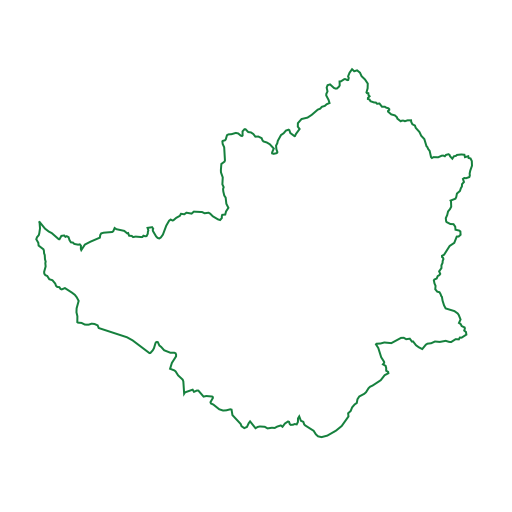 outline of Ba To, Quảng Ngãi, Vietnam, rotated 178°
{"feature_id": "81297802B2421652022296", "entity_name": "Ba To", "entity_type": "district", "adm_level": 2, "iso_a3": "VNM", "parent_name": "Vietnam", "parent_adm1": "Quảng Ngãi", "projection": "robinson", "projection_center": [108.67, 14.715], "detail": "fine", "context": "isolated", "style": "outline", "palette": "green", "viewbox_px": 512, "rotation_deg": 178, "n_neighbors": 0, "source": "geoboundaries", "source_scale": "gbopen_adm2", "svg_char_len": 5999}
<svg xmlns="http://www.w3.org/2000/svg" viewBox="0 0 512 512"><g transform="rotate(178 256 256)"><path d="M465.9,290.7L471.6,298.2L471.1,296.6L470.9,291.1L471.8,286.2L472.4,284.4L474.2,282.4L475.0,280.4L473.1,276.8L472.9,274.0L468.2,270.1L467.8,268.8L467.7,266.1L467.1,264.3L467.0,260.2L466.4,257.6L466.8,256.3L466.6,252.9L468.3,247.5L468.2,245.7L467.2,244.2L465.3,243.3L463.4,240.0L460.3,238.9L457.6,235.4L456.9,233.2L455.7,232.0L453.6,231.7L452.5,229.9L451.3,229.4L448.1,230.6L441.2,225.8L438.4,223.5L436.6,221.0L434.8,217.3L437.1,210.0L437.4,206.0L436.6,202.0L436.9,196.1L436.2,195.6L432.7,195.2L429.4,193.4L425.7,193.2L422.6,194.1L419.8,193.7L416.7,192.2L415.7,189.5L387.8,179.3L382.3,176.0L365.9,162.7L364.9,162.8L362.5,165.3L361.2,167.4L359.5,172.4L359.0,173.2L358.0,173.6L357.1,173.3L355.7,169.9L354.0,168.5L351.1,165.0L344.9,162.3L341.1,162.2L339.8,161.6L339.3,160.3L339.4,158.5L343.8,152.1L345.8,146.3L341.6,144.5L340.4,143.5L338.0,139.4L333.6,135.0L333.0,133.2L332.6,120.9L331.7,122.2L324.0,124.6L322.7,122.4L319.8,123.6L318.3,123.5L313.3,117.3L310.6,117.8L304.8,117.1L304.2,116.7L304.0,115.7L306.6,111.5L306.2,110.2L303.8,109.0L298.1,104.1L294.3,102.7L291.1,102.8L287.0,103.7L285.8,103.3L285.1,97.8L277.2,88.7L276.4,86.4L273.7,84.4L271.0,85.5L269.1,89.2L267.7,90.9L262.5,83.9L260.3,85.1L258.1,85.5L253.2,85.0L250.5,83.3L246.1,83.8L243.3,83.5L240.7,84.8L237.1,85.8L235.5,84.4L232.9,87.6L229.8,89.5L228.8,89.1L228.1,86.8L227.2,86.0L224.8,86.1L223.3,86.7L221.2,86.3L219.9,88.7L219.7,92.2L218.4,94.2L216.9,89.8L214.5,88.6L213.7,86.0L212.8,85.0L204.5,79.3L202.4,75.7L200.3,73.6L196.8,72.7L191.0,74.0L182.1,78.7L176.3,83.1L169.2,92.4L169.4,95.6L166.8,97.8L165.2,101.4L162.6,104.2L160.4,105.6L159.6,109.3L157.7,112.0L152.6,114.5L150.8,116.0L148.1,120.0L146.5,121.4L144.1,122.4L135.7,127.5L131.6,132.4L127.8,134.2L128.0,135.6L129.9,136.8L129.8,139.5L130.3,141.7L132.9,143.3L131.6,144.8L131.7,145.8L134.4,150.4L137.0,159.8L139.2,163.5L138.6,164.1L134.6,164.2L130.8,165.1L123.8,164.2L113.9,169.1L111.2,169.1L108.8,167.6L105.2,168.0L103.1,165.0L102.0,165.1L99.2,161.2L96.5,159.1L93.1,157.2L89.3,161.5L87.7,162.4L84.0,162.7L80.1,164.3L75.3,163.7L69.4,164.6L65.9,163.4L64.0,163.2L59.4,165.9L56.2,165.6L55.1,167.4L53.4,167.2L48.5,170.1L48.8,172.7L50.5,174.2L49.8,176.2L50.0,177.3L52.9,178.8L53.8,180.8L55.5,182.0L53.8,185.4L55.4,189.9L56.4,191.5L59.6,194.0L68.3,197.0L69.8,200.1L71.1,204.8L71.6,208.6L72.3,209.6L72.8,211.3L73.9,213.4L76.1,214.0L78.0,216.5L77.6,219.9L78.6,222.4L79.1,225.5L78.5,226.3L76.2,227.2L75.1,229.6L73.4,230.5L72.5,231.7L73.5,234.3L71.1,237.4L71.0,240.2L69.8,242.6L69.6,244.6L68.8,246.4L69.1,247.6L70.1,248.5L70.1,249.7L68.0,250.7L62.1,259.3L57.4,262.2L54.7,268.4L52.8,268.4L50.8,270.1L50.9,273.4L52.0,274.3L55.7,275.3L55.9,278.4L57.5,280.9L60.7,281.2L64.4,283.3L64.8,284.3L65.0,287.2L63.5,290.2L62.5,293.8L60.5,296.1L59.2,298.4L59.2,303.7L59.6,304.6L54.7,306.3L53.8,308.0L53.0,311.4L49.9,313.9L48.9,316.6L47.8,318.3L47.6,320.6L45.6,322.7L46.5,325.8L45.1,326.7L43.4,326.4L40.1,327.4L39.5,328.9L39.6,331.0L38.9,333.8L37.0,338.7L37.0,343.3L38.2,346.0L40.1,346.5L40.4,348.3L43.7,347.5L44.2,349.9L47.3,350.3L51.6,350.0L52.7,349.1L54.8,348.7L56.4,346.4L58.5,348.8L59.1,350.3L60.1,351.0L62.6,350.4L63.8,349.1L65.3,349.8L66.8,349.8L70.5,348.3L75.1,348.6L76.8,347.8L77.6,348.7L78.8,355.0L80.3,357.1L80.9,358.8L81.8,359.8L83.7,367.0L86.7,370.4L88.3,374.2L91.9,378.5L92.6,380.8L95.1,382.2L96.2,384.6L96.3,386.2L99.8,386.3L102.5,385.5L103.7,386.1L105.3,386.2L106.7,385.6L110.0,388.4L110.2,389.6L112.3,391.7L115.9,392.8L119.0,395.7L119.0,396.3L117.7,397.4L117.7,398.1L118.5,399.0L120.7,399.7L122.1,400.7L124.9,400.8L127.3,404.1L129.7,403.9L130.9,405.2L132.6,405.3L136.2,406.7L137.1,408.4L138.7,409.0L138.6,410.1L136.9,411.7L137.9,412.8L138.1,414.8L139.4,414.9L139.9,415.6L138.6,419.7L138.3,424.4L140.9,428.6L144.2,432.0L145.7,435.6L148.5,438.0L151.4,437.2L153.5,439.3L156.1,435.9L157.7,432.3L157.1,430.7L157.7,428.7L158.6,428.6L160.4,429.6L161.5,429.7L165.0,427.6L166.4,427.5L166.4,423.6L167.1,422.4L169.2,420.6L170.5,420.5L172.2,421.2L176.0,424.9L178.5,424.2L179.5,421.8L178.8,418.0L180.1,415.5L180.2,414.0L178.0,409.4L177.2,406.3L180.1,405.2L182.0,403.6L185.0,402.8L186.7,401.0L189.2,400.1L195.4,395.1L199.7,392.5L205.7,391.3L209.5,387.3L209.7,383.8L208.0,381.4L211.8,376.6L212.9,374.5L213.3,374.4L217.4,377.7L218.3,380.6L219.0,381.1L221.7,380.3L224.1,377.7L226.8,376.0L230.2,370.3L230.8,367.9L232.1,365.6L231.9,362.0L231.0,359.1L231.2,358.5L232.0,358.0L234.8,357.5L236.3,358.0L236.3,358.9L234.5,362.8L238.3,367.2L241.3,369.1L244.5,370.2L245.4,371.2L246.3,373.6L249.5,375.3L252.5,375.3L254.4,378.0L256.8,379.7L259.4,380.1L262.0,383.0L263.1,383.1L265.1,381.0L265.2,376.9L265.8,376.4L267.0,376.8L269.5,379.1L271.9,379.7L276.2,378.6L279.3,378.5L280.8,377.7L282.2,373.5L283.0,372.7L285.2,372.2L285.6,371.8L285.4,369.1L284.0,365.8L283.7,352.6L284.2,351.4L287.4,349.2L288.1,343.1L288.1,340.8L286.5,335.7L287.1,328.8L285.9,325.9L286.6,324.1L286.4,321.5L285.6,317.5L284.3,315.4L283.8,309.2L281.9,305.1L284.4,301.6L285.3,298.5L288.3,298.3L288.8,296.9L288.8,295.2L290.6,293.2L292.7,293.9L297.8,297.2L300.3,299.9L301.9,300.9L305.9,300.5L308.3,301.8L316.6,302.5L318.9,300.6L324.0,301.7L326.2,300.2L329.5,300.8L330.7,298.8L334.4,296.9L337.3,294.6L338.2,294.4L340.0,295.4L341.6,294.3L344.6,289.5L348.3,280.6L350.5,277.8L352.1,276.9L353.7,277.5L355.1,279.0L358.1,284.5L358.3,285.7L357.8,286.8L358.8,288.4L363.4,287.9L362.7,285.3L363.2,284.0L363.4,282.0L364.7,279.7L366.1,279.6L367.8,280.2L368.8,279.0L369.8,278.9L375.6,279.6L378.2,279.2L379.5,280.4L382.1,280.7L383.0,283.4L383.9,283.1L386.8,285.7L394.7,287.7L396.3,288.9L397.8,285.7L398.9,285.0L407.4,284.6L409.9,284.0L410.9,282.5L411.4,279.8L420.9,276.1L426.6,273.4L430.4,268.0L430.8,269.1L430.6,272.4L431.7,273.8L433.3,273.5L437.2,274.4L438.5,275.8L440.5,276.1L441.8,278.3L442.7,281.4L444.5,282.4L445.8,281.8L447.0,283.2L449.8,282.9L451.8,279.6L452.6,279.7L459.3,286.0L462.3,287.7L465.9,290.7Z" fill="none" stroke="#15803d" stroke-width="2"/></g></svg>